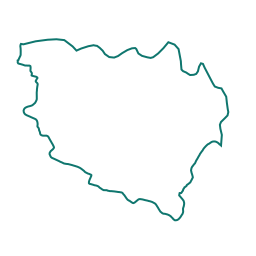 Az-Zabdani, Rif Dimashq, Syria, rotated 263°
{"feature_id": "27442178B59833257068654", "entity_name": "Az-Zabdani", "entity_type": "district", "adm_level": 2, "iso_a3": "SYR", "parent_name": "Syria", "parent_adm1": "Rif Dimashq", "projection": "robinson", "projection_center": [36.084, 33.702], "detail": "fine", "context": "isolated", "style": "outline", "palette": "teal", "viewbox_px": 256, "rotation_deg": 263, "n_neighbors": 0, "source": "geoboundaries", "source_scale": "gbopen_adm2", "svg_char_len": 5464}
<svg xmlns="http://www.w3.org/2000/svg" viewBox="0 0 256 256"><g transform="rotate(263 128 128)"><path d="M208.2,178.5L203.7,173.7L203.1,173.1L198.3,167.0L195.2,161.6L194.8,159.0L195.8,155.8L197.9,150.7L200.7,147.4L205.5,145.8L206.5,144.8L206.6,141.6L205.4,136.8L203.0,131.3L200.6,126.8L199.6,122.8L200.7,118.0L204.2,114.1L207.8,112.3L211.0,109.7L213.3,107.3L213.6,106.1L214.4,103.7L214.3,103.3L214.0,98.6L212.6,91.3L211.1,86.3L215.7,83.0L223.0,75.5L224.8,67.8L225.4,59.0L225.3,46.9L223.8,34.4L224.5,32.0L224.0,31.7L223.7,31.5L222.4,31.1L221.9,31.1L221.5,31.1L221.0,31.1L220.1,31.1L217.6,30.9L215.4,30.6L214.7,30.5L213.9,30.4L213.0,30.1L212.7,29.9L211.3,29.0L209.7,28.0L208.8,27.5L208.8,27.4L208.5,26.7L208.1,26.7L207.4,26.7L206.7,26.5L205.9,26.7L205.4,27.0L204.7,28.6L204.6,29.0L204.2,29.9L203.7,31.1L202.9,32.7L202.5,33.6L202.4,34.6L202.1,36.5L202.0,37.3L201.9,37.9L201.4,38.6L200.9,38.7L200.0,38.7L198.6,38.5L197.3,38.2L196.8,38.2L196.3,38.2L195.7,38.6L195.2,38.8L194.5,39.1L194.4,39.2L193.4,39.2L192.9,39.0L192.2,38.7L191.9,38.7L191.7,38.9L191.6,39.1L191.1,40.3L190.6,41.6L190.1,43.0L189.8,43.5L189.2,44.1L188.9,44.2L188.6,44.2L188.4,44.0L188.0,43.7L187.6,43.3L186.4,42.5L185.8,42.1L185.0,42.3L184.7,42.5L184.0,43.1L183.4,43.5L182.6,43.7L182.4,43.6L182.0,43.6L180.1,43.0L177.7,42.4L176.8,42.2L176.4,42.2L175.2,41.9L174.2,41.7L170.5,41.3L170.4,41.3L168.8,41.1L167.9,41.0L167.0,40.7L166.9,40.6L165.7,39.9L164.3,38.9L162.9,36.9L162.3,35.9L162.0,35.1L161.7,33.5L161.5,31.6L161.3,30.7L161.2,30.3L161.1,29.9L160.7,28.8L160.5,28.4L159.8,27.5L158.9,26.9L158.0,26.5L157.3,26.5L156.4,26.5L155.0,27.0L154.0,27.7L152.9,29.2L151.1,32.3L150.7,32.9L149.5,34.9L148.7,36.3L147.9,37.5L146.6,38.4L145.4,38.7L144.5,38.8L142.9,38.8L141.7,38.5L140.6,38.3L140.2,38.4L139.2,39.1L138.3,39.4L137.4,39.5L136.5,39.5L136.1,39.6L135.7,39.8L134.9,40.0L133.9,40.1L133.3,40.1L132.7,40.2L132.0,40.5L131.5,41.1L131.3,41.3L131.1,41.9L130.8,42.5L130.6,43.7L130.4,45.9L130.1,46.6L129.7,47.3L128.7,48.0L126.1,49.0L124.0,49.9L122.3,50.6L121.6,50.9L121.0,51.2L119.0,51.9L118.1,52.1L117.9,52.2L117.3,52.0L116.7,51.5L116.1,50.9L115.8,50.4L115.0,49.3L114.6,48.6L113.9,48.0L113.0,47.3L112.0,47.0L111.4,47.0L111.1,47.1L110.3,47.4L109.4,47.6L108.5,48.0L107.6,48.9L106.8,50.3L103.5,55.6L102.7,56.7L102.0,58.0L100.6,60.1L99.9,62.3L99.5,64.2L98.0,68.0L97.4,69.3L96.8,70.7L96.2,72.0L95.8,72.9L95.3,73.8L94.3,75.4L93.2,76.7L91.7,78.2L90.7,79.2L89.9,79.7L89.5,80.1L89.2,80.4L88.7,81.2L87.7,82.6L87.2,83.8L86.8,84.4L86.5,84.9L86.2,85.5L85.7,85.9L85.2,85.8L84.5,85.5L83.9,85.1L83.2,84.7L82.7,84.4L81.4,83.6L79.9,82.9L79.0,82.6L78.9,82.6L77.9,82.5L77.6,82.7L77.2,83.2L76.8,84.4L76.4,85.3L75.9,86.5L75.3,87.7L74.8,89.3L74.3,90.4L73.8,91.2L73.4,91.7L72.3,92.5L71.5,93.5L70.3,94.8L70.0,95.2L69.3,96.2L68.8,99.5L68.4,99.9L68.0,101.1L67.6,102.2L67.4,103.3L67.3,104.1L67.1,104.9L66.8,106.4L66.1,109.0L65.7,110.4L65.4,111.8L65.1,112.7L64.8,113.8L64.3,114.5L63.7,114.9L62.6,115.5L61.9,116.1L61.3,116.4L59.2,117.5L58.2,118.0L57.3,118.6L56.8,118.9L56.1,119.8L55.8,120.1L55.6,120.7L55.0,121.2L54.5,121.8L53.6,122.8L53.0,123.6L52.8,124.3L53.2,125.5L53.7,126.3L54.4,127.4L55.5,129.1L55.8,129.7L56.0,130.3L56.0,131.2L55.7,132.4L55.3,133.8L54.3,136.3L53.5,138.6L53.0,139.7L52.6,140.9L51.9,142.4L51.6,143.0L51.3,143.5L50.8,144.1L50.1,145.2L49.7,145.6L48.9,146.3L47.7,146.9L46.0,147.7L45.2,148.1L43.9,148.6L43.1,149.0L42.4,149.3L41.0,150.0L40.5,150.5L40.1,150.9L39.5,151.4L38.7,152.5L38.5,153.4L38.4,153.9L38.1,154.9L37.8,155.5L37.3,156.8L36.9,157.4L36.3,158.4L35.3,159.5L35.2,159.6L34.9,159.9L34.8,160.0L34.2,160.3L33.2,161.2L32.9,161.4L32.5,161.6L32.2,161.8L32.0,162.0L31.9,162.0L31.3,162.6L30.7,163.3L30.6,163.9L30.6,164.0L30.6,164.8L30.7,165.7L31.0,166.4L31.5,167.3L32.2,168.1L32.6,168.6L33.3,169.3L33.7,169.6L34.3,170.1L34.8,170.5L35.5,171.1L35.9,171.5L37.0,172.1L37.7,172.4L38.5,172.6L39.0,172.6L40.3,172.7L40.6,172.7L41.3,172.8L42.0,173.1L42.5,173.3L43.5,173.8L44.5,174.1L45.1,174.3L45.9,174.5L46.0,174.5L46.9,174.6L47.7,174.5L47.8,174.5L48.5,174.4L49.3,174.2L49.7,173.9L50.3,173.6L51.1,173.1L52.3,172.3L52.9,171.9L54.3,171.0L54.5,170.8L54.8,170.6L55.3,170.7L56.0,170.9L57.1,171.3L57.0,172.2L57.0,172.9L57.6,173.5L58.0,173.8L58.6,174.3L59.1,174.9L60.3,175.3L60.6,175.5L60.8,175.7L61.1,176.1L62.2,176.8L62.6,177.7L63.0,178.4L63.5,179.1L64.0,179.3L64.4,179.7L64.6,180.0L64.8,180.5L65.1,181.1L65.9,182.3L66.4,183.2L67.4,183.8L68.0,184.3L71.0,186.3L71.8,186.3L72.5,186.2L73.3,186.1L74.5,185.9L76.0,185.6L76.6,185.6L76.8,185.5L77.3,185.5L78.3,185.4L78.9,185.6L80.1,186.0L80.6,186.2L81.5,186.8L82.0,187.2L82.6,187.9L83.3,188.5L84.0,189.2L84.7,190.1L85.1,190.4L86.3,191.1L87.3,191.7L88.8,192.9L90.4,194.1L90.9,194.4L92.1,195.4L92.2,195.5L93.5,196.3L93.9,196.7L94.9,197.6L95.9,198.5L96.5,199.2L98.0,200.3L99.1,201.4L100.2,202.7L100.7,203.3L101.8,204.8L102.2,205.5L102.5,206.5L103.3,208.0L103.9,209.2L104.1,209.9L104.2,210.5L104.2,211.3L104.1,212.3L103.8,213.4L103.4,214.0L103.1,214.5L102.6,215.2L101.8,216.0L101.3,216.4L100.8,216.7L100.5,217.0L100.1,217.5L99.3,218.2L109.7,220.3L116.0,219.6L120.0,219.6L122.6,221.0L125.9,225.3L128.3,228.3L131.6,229.5L134.6,229.3L140.9,229.2L147.1,229.3L152.9,226.8L155.9,225.6L156.9,222.4L158.6,219.2L159.9,218.6L161.6,217.8L164.2,216.8L178.6,211.4L182.5,210.2L183.3,208.3L180.2,206.0L175.7,204.3L173.4,202.3L172.8,199.8L173.0,196.1L174.4,194.3L176.0,192.5L177.7,189.6L179.5,188.2L184.9,188.4L187.9,188.6L200.2,187.8L205.1,184.4L208.2,178.5Z" fill="none" stroke="#0f766e" stroke-width="2"/></g></svg>